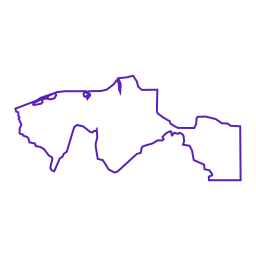 outline of Tabasco
{"feature_id": "MEX-2725", "entity_name": "Tabasco", "entity_type": "State", "adm_level": 1, "iso_a3": "MEX", "parent_name": "Mexico", "parent_adm1": "", "projection": "albers", "projection_center": [-92.753, 17.95], "detail": "medium", "context": "isolated", "style": "outline", "palette": "violet", "viewbox_px": 256, "rotation_deg": 0, "n_neighbors": 0, "source": "natural_earth", "source_scale": "10m", "svg_char_len": 1772}
<svg xmlns="http://www.w3.org/2000/svg" viewBox="0 0 256 256"><path d="M240.2,126.3L240.6,180.2L209.0,180.2L208.8,176.6L212.0,175.4L212.2,174.3L209.6,170.4L204.6,169.2L204.0,164.6L193.7,160.0L192.0,150.5L189.7,145.8L182.9,144.7L184.2,141.3L183.5,135.9L182.4,134.2L179.5,132.7L178.1,133.8L174.2,132.8L172.2,135.4L171.4,134.3L171.4,131.8L170.4,131.2L166.3,133.0L162.5,137.0L163.7,139.3L162.3,140.4L157.5,140.4L152.6,143.4L143.5,146.1L141.8,147.3L140.7,152.8L136.7,154.0L118.3,170.9L116.3,172.2L114.0,172.3L108.7,169.5L102.9,160.2L97.7,158.9L95.7,146.4L95.7,143.4L97.3,137.5L96.7,129.6L95.8,131.1L94.2,130.9L92.6,132.4L90.3,132.0L83.2,126.4L77.2,125.0L74.1,127.2L66.8,151.7L63.7,153.9L62.6,156.5L59.8,158.5L54.2,171.3L51.7,170.3L50.3,167.9L52.4,158.5L51.9,157.2L48.8,155.5L43.9,149.0L40.1,146.9L35.9,146.1L34.8,143.5L29.4,142.4L28.5,138.5L27.1,136.9L23.3,135.7L22.6,134.3L20.5,134.1L19.5,133.1L19.8,127.9L21.4,124.7L18.7,118.7L19.5,117.5L18.4,116.2L18.3,112.3L16.2,111.6L15.4,108.6L35.1,101.2L33.4,103.5L33.1,104.6L33.9,105.0L40.8,103.8L42.4,102.4L42.2,100.0L43.9,98.7L45.9,98.8L47.8,97.7L48.2,99.1L49.7,99.3L54.3,98.5L56.2,95.2L55.5,93.4L53.6,93.5L36.1,101.8L36.7,100.4L40.8,97.8L57.2,92.1L64.9,91.2L85.5,91.2L83.5,93.8L84.0,96.1L85.1,96.8L87.9,95.3L87.0,97.8L87.4,98.9L88.9,96.8L88.4,96.3L89.8,96.1L90.3,95.0L89.7,93.8L86.6,92.9L86.8,92.3L89.4,91.2L100.9,91.0L106.9,89.5L113.8,84.2L116.8,80.0L118.7,83.0L119.2,90.2L120.2,92.2L120.7,84.2L118.3,78.2L125.9,77.5L133.2,75.8L136.7,81.2L138.2,86.7L141.7,89.9L157.3,89.7L156.9,111.8L157.9,113.5L162.9,117.3L169.8,121.3L170.5,123.6L175.8,126.9L178.1,127.9L194.3,128.0L196.3,123.6L196.4,119.2L197.4,116.9L205.4,116.5L215.8,119.1L222.0,123.3L227.5,123.5L230.7,125.8L240.2,126.3Z" fill="none" stroke="#5b21b6" stroke-width="2"/></svg>